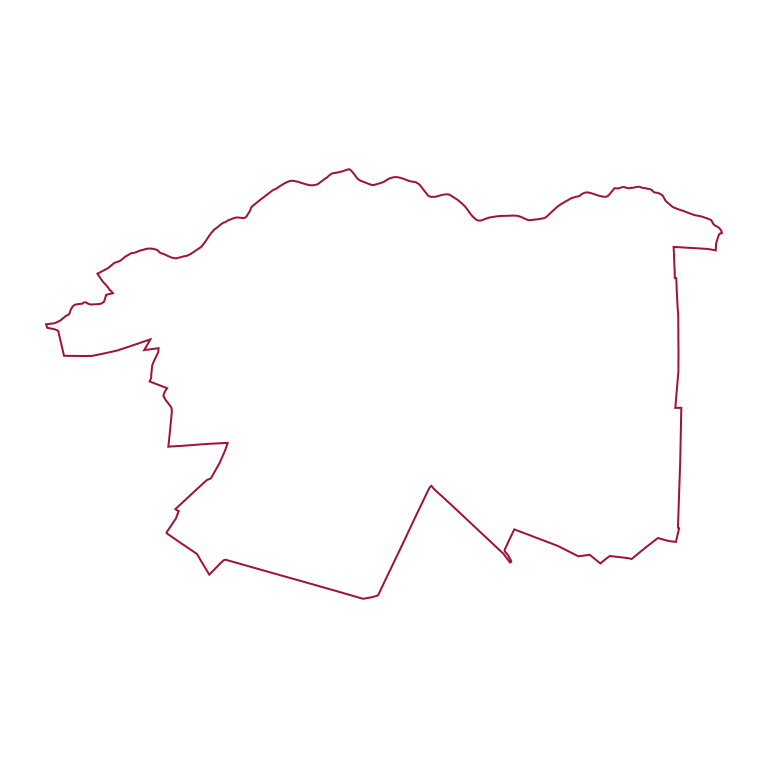 Galanesti, Suceava, Romania
{"feature_id": "2599482B27745550572599", "entity_name": "Galanesti", "entity_type": "district", "adm_level": 2, "iso_a3": "ROU", "parent_name": "Romania", "parent_adm1": "Suceava", "projection": "robinson", "projection_center": [25.817, 47.903], "detail": "fine", "context": "isolated", "style": "outline", "palette": "rose", "viewbox_px": 768, "rotation_deg": 0, "n_neighbors": 0, "source": "geoboundaries", "source_scale": "gbopen_adm2", "svg_char_len": 5901}
<svg xmlns="http://www.w3.org/2000/svg" viewBox="0 0 768 768"><path d="M675.9,541.9L679.1,528.3L678.0,527.8L678.1,522.6L680.2,461.9L681.3,407.8L675.3,407.9L677.4,383.0L678.4,371.3L678.5,353.0L678.3,328.3L678.2,313.6L677.6,307.5L676.8,292.0L676.3,278.1L674.8,278.1L674.7,272.3L674.2,261.1L674.0,254.5L673.6,246.9L682.0,247.4L700.7,248.5L707.0,248.9L712.4,249.7L715.7,250.4L716.1,243.7L716.8,241.1L718.4,236.1L719.3,234.2L720.3,233.4L721.0,233.2L721.6,233.4L721.9,233.2L721.5,231.1L721.0,230.4L719.5,228.2L717.3,226.7L715.0,225.6L713.1,223.7L711.8,221.0L710.8,219.9L706.9,218.3L701.5,216.5L698.8,215.9L694.5,215.1L690.6,213.7L683.8,211.1L676.9,208.8L672.7,207.0L671.4,205.9L666.5,201.7L665.2,200.3L664.6,198.9L663.8,197.7L663.2,196.3L661.8,194.9L659.8,193.7L657.7,192.9L656.9,192.8L655.1,192.5L654.3,192.4L653.0,191.4L651.6,189.9L650.6,189.4L649.0,188.9L646.4,188.5L645.0,188.1L643.2,187.9L641.7,187.7L640.4,187.0L638.4,186.7L636.9,186.9L635.0,187.3L633.7,187.7L632.7,187.8L631.6,187.7L631.1,188.0L628.8,188.2L627.1,188.1L625.7,187.6L624.4,187.1L623.2,187.0L622.1,187.2L620.8,187.6L618.7,188.4L616.9,188.4L614.8,188.2L614.5,188.2L610.9,192.6L609.3,194.5L607.7,196.1L606.3,196.7L604.4,196.8L602.1,196.5L598.0,195.5L595.5,194.6L593.4,193.9L591.2,193.2L589.0,192.6L587.2,192.4L585.7,192.5L584.1,192.9L582.9,193.6L581.5,194.1L580.1,195.6L577.8,196.5L576.3,196.7L573.8,197.4L571.3,198.2L568.4,199.9L565.2,201.6L562.4,203.3L559.5,205.2L557.4,206.7L555.2,208.6L552.6,211.0L550.8,212.7L548.5,214.9L546.8,216.5L545.2,217.6L543.3,218.3L540.7,218.8L537.6,219.3L533.8,219.7L530.9,220.1L528.7,220.2L527.2,219.7L524.2,218.4L520.7,216.8L519.3,216.4L518.3,216.0L516.8,215.8L514.5,215.6L511.9,215.6L509.5,215.7L503.7,215.9L501.5,215.9L498.0,216.2L495.5,216.5L492.2,217.1L489.4,217.5L486.9,218.3L482.5,220.0L479.9,220.7L478.1,220.5L476.1,219.6L472.6,216.4L470.6,214.1L467.6,209.8L465.1,206.6L461.9,203.4L457.1,199.5L451.1,195.7L449.6,194.7L448.7,194.5L447.2,194.3L445.7,194.4L443.9,194.6L442.2,194.9L435.5,196.7L432.4,196.9L430.8,196.8L429.2,196.2L428.0,195.6L426.9,194.1L420.2,185.5L419.3,184.5L418.3,183.7L417.1,183.1L416.1,182.4L415.0,182.0L413.1,181.8L411.5,181.5L408.9,180.9L403.5,178.8L400.4,177.8L397.6,177.2L395.6,177.1L394.3,177.1L392.7,177.5L390.8,178.0L389.7,178.4L388.6,178.9L385.8,180.6L384.3,181.6L381.3,182.8L379.3,183.4L377.3,184.0L375.4,184.5L374.1,185.0L372.6,185.1L371.1,184.8L367.9,183.6L364.6,182.3L360.9,180.8L359.3,180.0L358.4,179.4L357.2,178.4L356.6,177.4L355.7,176.3L354.7,174.8L353.3,173.2L352.3,171.8L351.5,171.0L350.9,170.4L350.2,169.8L349.1,169.2L348.0,169.5L345.8,170.1L342.2,171.4L341.3,171.6L339.2,172.0L337.7,172.5L336.3,172.7L334.5,173.0L332.5,173.3L330.6,174.3L328.8,175.8L326.8,177.7L325.5,178.4L318.9,183.3L317.7,184.2L316.1,184.7L314.4,185.1L312.7,185.3L311.1,185.3L309.8,185.1L308.2,184.9L305.7,184.2L303.3,183.5L301.6,183.0L299.8,182.4L298.9,182.0L297.6,181.7L295.4,181.3L293.8,180.9L292.3,180.8L291.1,180.8L289.9,181.0L288.0,181.7L284.6,183.3L282.4,184.6L280.7,185.6L278.7,187.0L276.9,188.1L275.7,189.1L274.3,189.4L273.3,189.9L272.1,190.7L263.6,197.3L261.0,199.2L254.4,204.5L251.7,206.8L251.0,207.9L250.6,209.2L250.0,210.7L249.0,212.5L247.5,214.7L246.7,216.3L245.7,217.2L244.8,217.8L242.8,218.0L241.1,217.8L238.3,217.5L236.2,217.5L233.5,218.2L230.9,219.3L227.8,220.5L225.8,221.8L224.8,222.4L224.0,222.5L222.2,223.4L220.0,225.1L216.8,227.8L214.6,229.2L213.8,230.0L213.2,230.8L211.2,233.0L208.4,237.0L205.5,241.3L204.0,243.4L202.8,244.9L202.0,245.8L201.4,246.7L200.3,247.5L199.3,248.2L194.2,251.6L190.8,253.9L188.1,255.3L186.2,255.9L184.2,256.2L182.2,256.8L180.4,257.3L178.2,257.8L176.5,258.2L175.1,258.3L173.8,258.0L172.3,257.8L171.0,257.3L169.8,256.8L168.2,256.1L165.7,254.9L164.3,254.3L162.9,253.7L161.1,253.3L159.8,252.6L158.8,251.6L157.5,250.1L156.7,249.8L155.3,249.4L153.9,249.0L152.8,248.8L151.3,248.6L149.6,248.5L147.6,248.7L146.1,248.9L143.8,249.6L141.9,250.1L139.6,250.7L137.4,251.6L135.9,252.3L134.5,252.7L133.1,252.9L132.1,253.0L131.1,253.3L129.1,254.4L126.2,256.2L124.9,256.8L123.5,258.2L122.3,259.2L120.8,260.3L119.2,261.3L117.1,262.0L116.2,262.3L115.2,262.6L114.1,263.0L113.6,263.5L111.6,265.2L108.9,267.5L106.6,268.9L104.6,270.0L103.2,270.7L102.2,271.2L100.1,272.3L97.4,273.7L102.6,281.3L108.2,287.6L109.3,289.5L111.9,291.9L112.9,293.2L106.1,294.8L105.0,298.9L103.8,302.0L101.4,303.5L99.5,304.0L98.0,304.1L95.0,304.3L91.8,304.5L89.9,304.3L88.5,303.9L86.8,302.9L85.4,302.2L84.5,302.3L83.2,302.9L82.2,303.7L78.9,304.0L75.8,304.5L74.2,305.1L73.2,306.0L71.8,307.8L70.5,310.3L70.1,311.8L69.1,314.3L65.6,316.1L60.6,320.3L56.8,322.3L54.0,323.3L46.1,324.3L47.2,327.8L49.3,328.2L55.0,329.4L58.2,330.8L59.0,334.4L62.0,347.1L64.0,355.8L84.7,356.0L92.0,355.9L104.2,353.4L117.4,350.5L121.0,349.3L150.3,339.4L150.0,340.0L149.7,340.6L144.2,350.1L158.6,348.2L158.3,351.8L157.4,353.9L156.4,356.0L153.9,361.3L152.3,365.0L151.3,373.9L151.2,377.8L149.6,381.5L166.6,388.0L167.1,388.2L165.0,391.3L163.6,394.7L163.5,396.2L165.6,399.9L170.8,406.7L171.7,408.7L171.8,412.0L171.1,419.6L169.4,436.9L168.3,446.7L170.5,446.5L181.1,445.9L207.6,443.9L227.6,442.9L225.1,450.5L219.6,462.9L210.9,478.4L206.6,480.2L192.6,493.1L175.4,509.1L177.3,510.5L178.7,511.1L178.5,511.4L176.0,518.3L166.6,532.3L166.7,533.3L181.8,543.7L197.0,554.0L200.2,559.5L207.8,572.2L209.3,574.6L218.9,564.8L222.0,561.7L223.6,560.4L224.5,559.9L225.9,559.8L259.7,569.4L322.8,587.2L352.7,595.8L363.1,598.8L371.9,597.2L377.5,595.6L378.3,594.8L386.3,578.0L404.3,540.5L416.5,514.5L419.7,508.0L428.6,489.4L430.1,486.9L431.4,485.9L434.4,489.4L449.7,503.4L503.4,553.7L510.0,562.5L510.9,562.1L511.3,561.5L510.8,560.1L509.2,557.5L508.4,555.7L506.4,553.3L505.1,551.7L504.6,550.7L504.8,549.4L509.5,539.3L514.3,529.4L557.8,545.9L578.4,556.3L589.7,554.8L600.3,563.4L606.0,558.8L609.8,556.0L628.0,558.1L631.6,559.0L645.5,547.6L657.9,538.0L664.2,539.8L668.2,540.9L671.4,541.4L675.9,541.9Z" fill="none" stroke="#9f1239" stroke-width="2"/></svg>